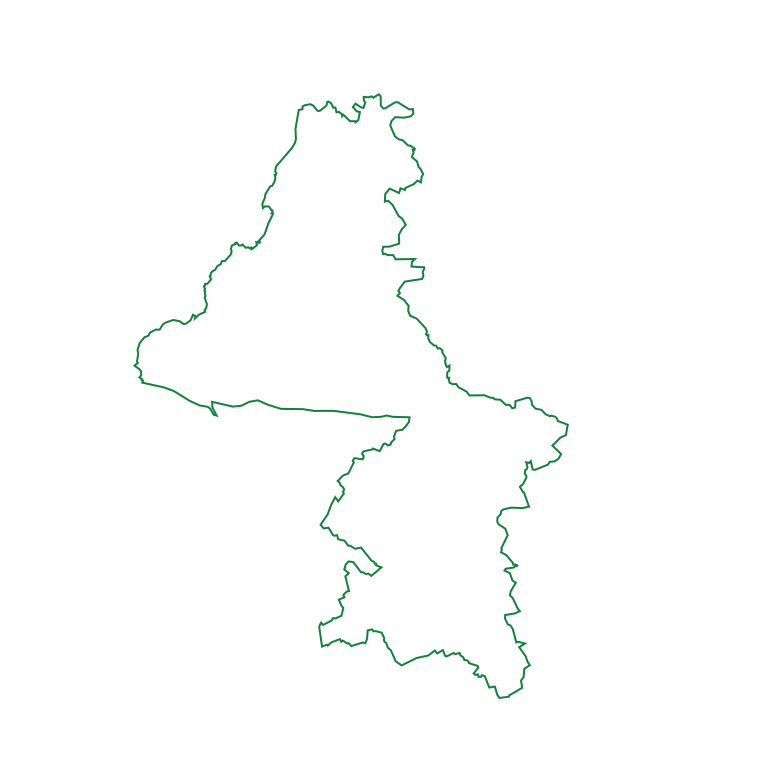 Dundalk South Lea-7, Louth, Ireland (Albers equal-area conic projection), rotated 202°
{"feature_id": "5873133B29176849558462", "entity_name": "Dundalk South Lea-7", "entity_type": "district", "adm_level": 2, "iso_a3": "IRL", "parent_name": "Ireland", "parent_adm1": "Louth", "projection": "albers", "projection_center": [-6.463, 53.981], "detail": "fine", "context": "isolated", "style": "outline", "palette": "green", "viewbox_px": 768, "rotation_deg": 202, "n_neighbors": 0, "source": "geoboundaries", "source_scale": "gbopen_adm2", "svg_char_len": 6166}
<svg xmlns="http://www.w3.org/2000/svg" viewBox="0 0 768 768"><g transform="rotate(202 384 384)"><path d="M343.1,117.3L339.4,120.8L338.2,120.4L335.9,124.8L329.3,131.0L327.1,128.9L326.1,130.7L320.8,129.6L319.7,130.4L316.1,128.8L306.8,136.4L304.2,136.7L304.2,141.2L306.8,149.5L302.9,152.1L301.2,150.7L299.0,151.8L293.0,152.6L288.3,148.2L288.4,147.0L287.0,145.2L285.0,144.8L281.7,141.0L277.8,139.6L269.3,131.3L262.2,129.7L251.2,142.1L241.2,148.9L237.0,155.9L233.8,154.1L229.7,159.3L225.7,155.0L224.0,154.8L218.7,160.6L216.6,160.3L213.2,162.9L211.5,161.0L208.1,160.3L206.2,158.3L203.4,158.9L201.5,158.3L200.7,157.0L191.6,157.7L190.4,156.4L192.4,149.2L190.0,148.6L188.1,149.9L186.6,147.9L184.4,148.8L184.1,150.8L181.0,150.8L172.7,142.0L167.8,145.0L162.7,138.4L159.3,136.2L151.1,140.8L151.2,142.2L142.1,154.1L145.9,160.5L144.8,164.6L147.2,172.4L143.5,177.9L147.1,180.4L150.6,184.6L160.1,190.6L156.1,196.2L163.0,195.3L164.5,193.9L172.6,204.8L176.1,207.4L179.2,207.5L183.9,211.9L185.1,215.2L176.7,220.3L173.0,224.3L176.0,226.0L184.3,233.7L188.1,235.2L188.8,239.4L187.4,249.0L191.4,250.0L196.3,255.7L202.4,256.2L202.0,258.3L195.0,262.4L193.4,264.9L191.6,265.7L194.4,265.9L196.5,264.9L197.5,266.4L206.4,271.1L212.5,271.8L212.7,274.6L213.7,275.7L212.7,290.2L217.4,295.3L225.3,296.9L227.5,298.9L228.7,302.7L227.1,307.0L227.7,310.2L226.1,312.7L219.5,317.1L209.0,320.9L203.6,324.6L213.6,335.9L214.7,335.9L219.5,339.6L217.6,343.5L216.9,350.2L217.4,351.9L219.9,353.6L220.8,356.9L219.7,358.6L219.8,360.6L222.8,364.7L219.8,365.2L219.0,367.5L214.2,360.5L211.9,360.9L201.8,370.7L201.2,373.9L196.9,376.1L194.2,380.1L193.5,385.4L204.7,389.9L200.5,400.1L196.2,404.8L198.4,415.1L208.9,414.8L210.8,416.9L213.0,417.8L217.3,417.2L218.3,416.3L222.8,416.5L228.4,419.0L234.4,417.9L239.4,420.5L240.3,422.9L243.6,425.6L245.9,425.0L255.7,417.3L253.6,411.3L255.9,409.5L259.6,411.7L263.4,410.3L270.1,413.0L275.5,411.3L277.5,412.1L280.6,411.1L286.6,411.2L300.5,405.4L304.6,407.9L313.8,408.9L317.1,411.1L319.8,409.6L323.6,409.7L325.6,412.3L325.9,414.2L327.6,413.5L328.3,414.7L329.7,418.7L328.4,420.9L330.2,425.6L332.0,423.3L333.3,424.2L336.1,428.1L336.3,431.1L341.8,435.1L342.4,437.1L346.0,438.1L347.5,437.0L349.9,439.0L352.3,438.5L357.2,440.2L360.1,443.0L361.2,446.1L362.6,445.2L363.7,445.9L363.7,448.6L366.3,451.3L378.2,456.9L385.2,457.0L389.0,460.9L390.4,465.7L397.1,469.4L404.6,470.8L403.3,474.4L405.4,475.3L405.3,478.3L403.1,486.7L388.0,495.7L388.0,499.2L390.1,502.4L389.9,506.4L390.6,507.2L402.5,503.2L403.8,507.5L402.1,511.5L420.1,503.9L423.6,506.9L429.0,504.9L431.9,505.2L433.5,504.1L435.4,506.7L436.2,510.9L430.2,513.5L422.5,519.9L426.1,527.8L425.5,534.1L423.4,539.6L429.2,544.2L433.3,545.2L443.4,553.4L448.9,555.4L451.5,553.4L454.0,560.6L451.9,567.3L441.6,566.7L442.0,571.6L437.3,571.7L437.6,573.8L431.2,580.6L429.2,585.1L425.3,584.8L426.7,590.1L426.3,593.3L431.0,597.3L433.2,598.1L436.8,602.8L443.1,604.8L443.3,609.6L445.0,611.9L443.4,612.2L443.6,613.7L448.7,614.8L450.9,614.2L458.4,617.1L461.5,616.4L466.4,617.5L475.1,626.1L475.5,630.6L473.6,635.6L465.0,638.5L459.5,642.2L458.0,645.5L460.2,649.7L463.4,648.1L476.3,650.3L477.9,650.0L479.6,648.9L486.1,640.1L488.0,639.1L491.2,640.9L494.9,649.5L497.4,650.7L501.1,645.4L503.2,646.1L505.8,644.0L510.4,642.6L508.8,639.3L506.8,637.9L506.5,632.3L509.3,631.9L515.4,633.3L516.6,629.1L511.4,626.6L508.2,627.1L506.7,619.0L508.5,615.9L509.4,616.8L513.9,614.9L522.7,618.5L523.1,616.7L524.1,618.4L527.5,619.4L529.9,618.2L532.6,622.1L534.6,621.2L538.2,624.6L541.4,625.0L542.3,624.0L541.6,620.7L545.9,613.1L548.2,612.4L553.9,615.6L557.1,615.8L561.4,613.2L563.5,610.9L562.5,608.2L565.7,606.1L561.6,587.3L557.4,578.1L556.9,574.2L557.9,567.9L565.6,545.1L564.6,540.4L562.8,539.1L562.6,537.6L563.7,537.0L562.0,534.6L561.3,530.9L561.9,525.9L563.6,524.4L565.1,515.5L564.2,512.1L564.3,505.5L562.1,501.7L560.9,504.1L557.1,505.5L553.2,502.7L552.8,503.1L551.6,502.0L551.9,500.8L550.9,501.6L552.0,500.2L551.2,500.7L550.6,500.0L551.4,490.4L550.8,477.7L553.8,469.7L552.3,469.4L552.3,468.2L555.6,467.7L553.8,465.2L556.9,459.6L558.6,461.7L558.0,460.2L558.6,459.5L561.3,459.9L563.2,458.5L567.3,460.3L567.6,459.4L570.5,458.0L573.3,460.0L574.8,458.8L574.3,457.9L576.9,455.7L576.6,452.2L574.8,449.5L574.7,446.2L577.6,438.5L580.4,437.1L580.2,434.1L582.7,430.8L583.3,426.8L585.6,423.7L586.1,421.7L585.3,419.2L585.9,418.5L583.5,416.3L585.3,410.9L587.4,409.6L586.7,408.5L587.6,407.2L585.6,405.2L585.5,403.2L584.4,402.8L584.0,400.5L582.4,398.7L582.7,397.0L578.1,391.7L577.2,387.4L578.1,385.5L576.9,383.9L581.6,378.9L583.8,374.2L584.1,376.1L587.0,376.7L587.3,370.3L590.4,365.6L592.4,364.5L596.9,365.7L603.4,364.4L609.8,358.8L611.4,356.0L612.4,350.3L616.1,348.9L620.2,344.0L620.5,340.5L623.6,337.6L625.9,330.3L625.3,323.4L623.1,319.7L621.5,312.4L620.1,311.4L622.2,307.5L616.4,306.1L613.9,304.6L612.4,301.2L613.2,298.5L610.5,297.9L610.4,297.0L608.7,297.0L608.6,294.7L586.9,298.4L576.6,298.8L557.7,295.6L546.8,295.1L538.9,296.8L535.7,296.0L530.5,291.7L527.4,292.0L534.4,298.2L536.7,303.1L515.7,306.4L508.2,310.4L502.1,317.1L494.9,321.6L483.8,321.3L470.1,322.4L449.8,330.3L438.4,333.0L420.4,340.3L394.4,347.1L382.7,348.7L374.5,352.4L369.9,355.7L363.4,356.9L347.9,362.7L346.6,358.3L348.3,351.9L350.0,348.4L355.2,345.1L355.1,339.2L353.6,337.1L355.5,332.3L355.2,330.4L357.2,328.6L360.5,329.3L361.9,328.2L362.9,320.1L370.1,320.0L370.1,319.1L377.7,313.9L378.3,311.2L375.7,309.5L375.5,306.2L383.7,304.1L384.2,301.0L382.6,300.1L383.6,287.7L387.7,283.8L390.6,276.7L387.8,275.6L386.5,273.8L383.5,273.1L381.4,271.2L381.5,268.5L380.2,267.4L382.5,258.0L386.8,260.8L387.7,252.4L387.4,241.8L390.1,229.8L385.9,227.5L381.6,230.0L374.7,224.8L373.0,224.7L370.9,226.3L368.3,222.9L361.8,223.9L356.6,220.6L354.8,221.4L349.1,220.4L344.0,223.7L329.3,215.5L326.2,215.2L325.4,213.9L323.9,214.4L323.4,213.0L317.7,213.0L323.9,201.3L327.3,202.4L329.7,201.0L332.9,201.6L334.7,200.8L345.8,207.4L350.4,206.2L351.9,202.4L351.3,197.1L345.8,195.4L347.8,191.2L338.9,178.9L340.6,177.8L342.4,173.8L342.5,172.9L340.8,171.4L345.1,167.2L339.8,162.0L337.9,161.2L336.6,153.2L341.2,148.5L343.7,147.6L343.8,145.3L350.2,137.8L352.9,139.2L353.1,137.7L353.1,134.6L343.1,117.3Z" fill="none" stroke="#15803d" stroke-width="2"/></g></svg>